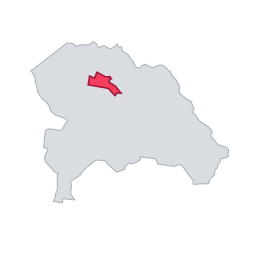 location of Terekeka, Central Equatoria, South Sudan, rotated 187°
{"feature_id": "79223893B10688999436649", "entity_name": "Terekeka", "entity_type": "district", "adm_level": 2, "iso_a3": "SSD", "parent_name": "South Sudan", "parent_adm1": "Central Equatoria", "projection": "mercator", "projection_center": [31.189, 5.687], "detail": "fine", "context": "in_parent", "style": "filled", "palette": "rose", "viewbox_px": 256, "rotation_deg": 187, "n_neighbors": 0, "source": "geoboundaries", "source_scale": "gbopen_adm2", "svg_char_len": 3766}
<svg xmlns="http://www.w3.org/2000/svg" viewBox="0 0 256 256"><g transform="rotate(187 128 128)"><path d="M207.4,196.5L199.8,204.1L199.3,204.5L198.3,205.1L195.3,205.1L192.1,204.8L189.2,202.8L186.2,204.3L184.3,204.8L183.2,205.0L180.6,205.2L176.9,206.0L175.2,207.1L174.3,207.9L173.5,209.4L173.2,209.5L172.5,209.3L171.5,208.7L169.5,207.9L168.6,206.0L167.6,204.8L166.9,204.2L163.7,206.1L162.2,206.6L161.0,206.5L158.7,205.5L156.2,204.6L154.9,204.6L152.9,205.7L150.7,207.4L149.6,209.1L149.0,210.1L148.3,208.5L147.5,207.6L146.4,207.2L144.3,207.6L143.8,207.0L143.7,205.7L143.4,204.5L142.9,203.6L141.3,202.7L137.1,200.9L133.8,197.2L132.2,195.6L131.0,194.5L129.3,191.6L127.4,189.6L125.1,188.7L123.6,189.1L122.0,191.3L119.0,193.3L117.7,193.3L115.9,192.2L113.7,191.5L109.8,191.1L108.1,192.1L106.0,193.6L104.2,194.5L103.1,194.6L102.0,194.3L100.8,194.1L99.8,194.0L97.7,192.6L96.6,191.6L95.9,190.6L94.7,190.0L93.3,189.4L92.3,188.5L91.8,187.4L91.0,186.0L90.0,184.8L86.8,182.5L85.8,181.2L85.1,179.9L83.8,178.4L82.4,176.5L82.0,173.7L81.9,171.4L81.6,170.3L81.0,169.3L80.3,168.4L79.2,167.4L76.6,165.9L73.9,164.2L72.6,163.3L70.1,162.9L68.6,161.9L67.4,159.8L66.9,158.1L65.6,156.8L65.1,155.8L64.8,154.7L65.8,151.3L64.3,150.1L62.2,148.6L60.7,146.9L59.7,145.3L57.0,143.3L51.0,140.2L47.5,138.3L45.6,136.5L44.0,134.8L43.8,134.1L44.9,132.3L45.0,130.9L44.2,129.4L40.6,126.4L37.7,123.2L35.5,122.1L30.3,121.2L28.8,120.9L27.3,120.3L25.7,118.8L25.2,117.1L26.0,114.3L25.5,113.5L24.6,113.2L24.8,112.7L25.8,111.3L27.4,110.4L31.7,109.1L32.0,108.5L32.1,106.8L32.4,106.0L33.9,103.6L34.1,102.6L34.2,100.6L34.4,99.6L34.8,98.9L36.0,97.7L36.4,97.0L36.6,95.4L36.5,92.3L37.1,91.1L39.8,88.3L40.5,87.0L40.7,85.9L40.7,84.8L40.9,83.6L41.7,82.5L42.4,82.2L44.4,81.9L45.7,82.1L55.3,80.1L56.4,80.4L56.9,81.5L56.9,83.4L57.0,84.3L57.5,84.9L59.1,85.8L60.1,87.2L60.7,87.7L62.2,88.7L69.3,97.0L71.3,97.8L73.2,97.5L77.1,95.8L79.0,95.4L92.5,95.9L94.0,95.6L96.2,99.8L97.1,100.8L111.9,100.8L111.7,99.6L111.8,98.3L114.5,95.7L114.8,95.4L117.1,94.2L119.3,93.4L123.6,92.5L125.2,90.9L126.1,89.6L126.1,86.9L126.7,86.4L127.7,85.8L132.7,83.4L133.5,82.8L142.3,88.5L147.2,92.9L147.5,93.2L148.0,93.1L148.2,92.9L148.8,92.7L150.9,92.6L154.9,92.4L156.2,91.9L164.2,83.9L166.2,81.4L166.8,80.8L167.9,79.0L169.1,75.9L169.4,75.6L178.1,68.1L178.5,67.5L178.5,67.0L177.2,64.5L176.9,63.2L176.9,61.2L177.1,58.2L177.0,56.2L176.9,55.7L172.0,50.1L184.3,50.0L184.3,49.3L184.3,49.1L184.1,48.4L183.9,47.5L183.9,47.1L184.0,46.6L184.0,46.4L184.0,46.1L184.1,45.9L192.9,46.1L192.8,47.6L191.7,51.3L191.8,53.5L191.5,56.0L191.2,56.8L190.7,57.4L190.6,57.7L190.6,58.0L192.4,72.0L192.3,72.6L191.8,73.5L191.7,73.8L191.6,74.0L191.8,74.1L195.9,75.6L196.1,75.7L196.3,75.9L197.8,77.7L205.8,84.3L206.1,84.7L206.9,86.7L207.0,87.1L207.0,87.6L207.0,87.9L206.8,89.2L206.9,89.8L207.0,90.1L207.1,90.6L207.1,91.0L205.9,93.4L205.5,95.1L205.4,96.6L205.4,97.4L205.6,97.9L205.7,98.2L205.8,98.2L209.3,98.2L209.3,99.0L209.7,111.6L209.7,113.0L209.6,114.8L209.2,115.5L208.2,116.5L207.0,117.4L203.8,117.6L201.2,117.6L199.4,117.4L196.8,117.3L194.5,117.5L193.6,118.3L190.4,125.0L189.5,126.7L189.2,127.6L189.5,128.2L190.7,129.1L193.4,130.2L196.5,130.9L198.8,131.2L200.4,131.6L201.6,131.9L206.0,135.0L207.4,136.4L208.2,137.6L208.4,138.9L209.0,140.3L213.0,144.5L216.8,146.4L218.3,148.6L219.7,149.7L221.0,150.9L221.8,152.6L223.4,157.6L224.5,160.2L225.7,162.4L226.1,165.9L227.0,167.4L227.9,169.3L229.5,171.1L231.1,172.4L231.4,172.7L214.9,189.0L207.4,196.5Z" fill="#d9dde1" stroke="#a8b0b8" stroke-width="1"/><path d="M172.5,175.0L172.8,166.0L165.0,165.6L152.4,164.9L144.8,158.5L143.2,161.5L139.1,161.7L144.5,166.9L145.6,168.0L152.4,171.2L152.0,174.7L150.6,174.7L152.1,176.8L155.4,176.1L156.7,176.1L165.7,179.6L167.4,173.2L172.5,175.0Z" fill="#f43f5e" stroke="#9f1239" stroke-width="1.5"/></g></svg>